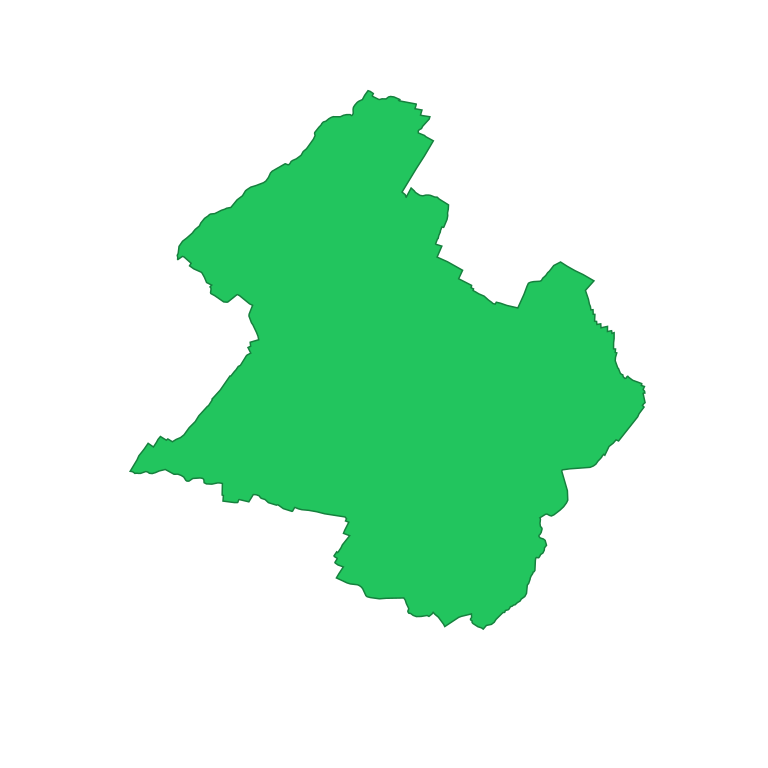 Bang Phae, Ratchaburi, Thailand (Natural Earth projection), rotated 221°
{"feature_id": "78962969B38783163957938", "entity_name": "Bang Phae", "entity_type": "district", "adm_level": 2, "iso_a3": "THA", "parent_name": "Thailand", "parent_adm1": "Ratchaburi", "projection": "natural_earth1", "projection_center": [99.976, 13.683], "detail": "fine", "context": "isolated", "style": "filled", "palette": "green", "viewbox_px": 768, "rotation_deg": 221, "n_neighbors": 0, "source": "geoboundaries", "source_scale": "gbopen_adm2", "svg_char_len": 6171}
<svg xmlns="http://www.w3.org/2000/svg" viewBox="0 0 768 768"><g transform="rotate(221 384 384)"><path d="M606.3,459.7L607.0,456.9L611.1,449.3L613.7,445.2L614.9,441.0L615.3,439.0L614.3,433.2L615.7,426.6L615.4,416.8L618.1,413.4L618.9,411.4L620.7,408.4L623.5,401.6L626.4,398.5L626.9,397.2L627.0,395.6L628.1,391.3L627.9,385.4L627.0,382.2L627.9,376.8L627.8,373.4L627.6,372.9L627.9,370.3L628.7,364.5L629.7,359.6L629.0,353.4L625.0,347.5L624.5,345.5L622.5,344.0L621.6,342.7L621.2,342.7L619.9,348.0L618.3,348.7L608.8,348.6L608.3,345.6L603.1,346.1L595.5,348.4L594.2,348.4L589.3,346.6L584.5,344.2L578.9,345.6L579.0,343.1L577.6,342.9L576.4,341.6L574.9,339.2L574.1,338.7L573.4,338.8L569.8,339.6L558.8,340.8L556.1,342.8L555.6,343.6L553.6,354.8L553.1,355.4L551.0,355.9L538.0,356.3L534.8,357.2L531.6,348.2L530.5,346.7L524.3,343.3L521.7,342.6L513.9,339.2L510.3,337.3L507.6,335.2L512.4,327.7L509.4,325.0L510.6,322.3L504.8,319.9L506.3,316.1L506.4,315.0L504.6,303.9L505.5,301.6L505.0,297.6L505.1,295.4L504.8,289.6L505.5,289.0L503.6,271.7L503.9,259.7L503.2,259.3L502.2,252.3L502.6,251.4L502.9,238.5L501.8,231.8L502.4,223.4L501.6,214.4L502.4,210.1L504.5,205.8L505.8,201.6L511.1,200.7L511.4,198.8L518.3,197.7L518.2,193.9L517.5,190.9L516.7,185.2L523.1,184.5L522.3,177.4L521.9,169.0L520.6,164.7L518.3,151.6L516.3,152.8L514.5,153.1L513.5,153.0L511.7,154.8L510.8,155.3L509.1,156.8L506.4,161.6L504.8,162.5L502.5,162.7L500.2,164.3L498.4,167.1L496.6,170.9L493.0,176.0L483.3,178.1L480.4,180.7L477.2,181.9L474.1,182.4L470.4,181.3L469.1,181.4L467.5,182.7L466.3,187.3L461.1,192.5L459.1,193.7L457.9,193.8L457.1,193.5L455.0,191.5L452.5,192.1L448.2,195.5L444.6,200.3L442.7,201.8L440.7,202.9L433.3,194.0L432.1,194.5L428.7,190.0L419.2,196.3L416.9,198.3L416.7,198.7L417.7,201.4L417.5,201.8L408.7,206.4L410.1,214.8L407.8,216.6L404.8,217.7L402.8,217.2L401.7,217.2L397.9,218.8L393.4,218.6L385.7,222.0L385.3,222.8L384.5,223.3L378.2,223.9L369.9,227.5L369.6,228.1L370.4,232.0L370.3,232.4L366.6,233.7L363.6,235.2L357.9,239.3L350.9,243.5L343.7,247.1L326.2,258.1L323.9,257.7L323.2,255.4L319.9,256.6L317.7,247.8L316.6,244.7L310.4,247.0L309.9,235.3L309.0,232.2L308.4,227.6L308.4,226.4L309.6,226.3L309.0,221.5L308.3,221.2L305.0,221.7L304.6,220.9L304.0,217.2L303.5,216.9L300.1,217.2L294.7,219.3L293.6,211.3L292.7,206.4L281.5,209.6L278.3,211.0L272.3,215.1L270.3,215.7L267.8,215.9L265.7,215.5L258.8,212.4L257.2,212.4L254.3,213.8L246.5,218.9L241.9,223.6L228.7,235.5L226.3,234.9L223.0,232.9L218.3,230.9L217.8,230.4L217.0,228.2L216.1,227.6L214.9,227.3L213.3,228.3L210.2,228.5L207.0,229.7L203.5,232.9L199.6,237.6L197.6,238.1L196.9,242.0L197.1,243.9L194.3,243.6L190.0,243.7L181.5,241.8L179.0,240.8L174.5,257.0L173.1,259.5L167.2,267.8L164.8,265.4L164.5,263.3L163.9,262.8L162.1,263.0L161.0,261.8L159.7,261.6L153.9,262.4L150.4,263.9L148.3,264.1L148.3,269.0L145.2,273.1L144.5,276.5L145.0,279.8L144.3,289.5L143.1,290.8L143.8,292.7L142.1,295.2L142.0,296.4L142.5,298.9L141.5,300.3L141.2,302.2L140.2,303.4L139.9,306.5L138.9,309.5L139.3,311.7L138.3,316.0L139.1,319.5L143.9,326.2L144.0,328.4L145.6,332.4L146.3,333.5L147.0,335.6L147.4,338.6L148.0,339.8L147.6,340.8L147.8,342.3L154.2,350.4L155.2,352.1L155.1,353.1L153.6,354.0L153.3,354.4L153.3,355.6L153.9,358.1L153.2,360.7L154.0,363.7L155.4,365.7L155.5,368.9L159.8,371.7L162.1,371.6L165.1,370.3L167.1,370.6L167.7,371.4L167.6,372.9L168.0,375.1L169.6,378.3L170.5,378.9L172.6,379.2L174.9,381.2L177.0,384.3L177.8,385.0L178.6,385.2L176.6,391.7L175.6,392.8L172.9,393.4L171.1,394.2L169.9,396.8L168.4,404.3L167.9,409.2L168.3,414.0L169.1,416.9L175.6,423.8L192.6,434.8L193.1,435.9L193.0,436.3L188.1,441.9L173.8,456.3L172.2,459.5L171.5,462.5L171.9,466.1L171.7,469.7L171.8,472.1L172.1,472.5L172.0,474.9L172.0,475.1L170.6,475.1L173.2,484.5L172.2,489.7L172.2,494.1L169.6,494.9L171.0,525.7L172.0,528.9L172.6,537.2L174.9,537.4L175.0,539.8L174.7,541.2L182.2,546.8L182.3,547.2L181.2,548.3L182.6,549.5L184.8,549.8L185.8,553.0L188.8,551.7L189.5,553.3L189.8,553.4L198.7,550.0L203.7,549.6L205.1,549.8L205.4,549.1L205.2,547.0L205.9,546.2L208.2,546.4L209.9,547.6L211.0,547.1L212.8,547.2L217.2,549.5L218.1,549.5L224.7,553.2L226.8,556.0L228.7,560.2L230.2,559.5L232.2,562.3L233.8,561.1L237.8,565.8L240.1,569.2L244.0,573.7L245.1,571.8L247.2,573.5L249.8,570.2L253.1,574.1L257.1,568.8L259.9,571.6L262.4,568.6L264.6,570.7L266.3,569.6L270.5,574.9L271.9,573.9L275.0,577.2L276.5,575.7L279.2,578.0L281.3,579.0L285.2,582.0L293.4,586.8L293.2,599.6L305.6,597.2L314.0,594.9L322.7,593.1L330.8,591.9L333.6,584.8L333.2,577.7L333.5,575.4L333.1,572.0L333.6,568.1L333.1,565.3L333.8,563.8L338.2,559.5L340.0,557.2L340.8,555.7L341.1,554.7L340.2,551.6L337.2,543.6L332.9,529.2L342.8,523.9L349.1,521.4L352.9,519.4L352.5,517.2L354.9,516.1L356.1,516.3L360.3,515.9L366.1,516.0L371.4,514.3L378.2,513.0L378.8,514.5L381.5,513.8L382.3,515.6L382.6,515.9L396.7,512.4L399.3,521.4L416.3,517.9L427.2,514.6L430.8,526.0L436.5,523.5L437.0,523.6L438.8,528.5L438.6,529.3L440.1,532.1L441.3,535.9L441.8,536.2L443.3,540.4L441.8,541.3L441.8,541.7L444.4,549.6L446.3,552.8L448.3,554.8L450.1,558.0L452.8,561.5L463.6,559.8L466.4,559.9L468.3,558.4L472.6,556.9L474.2,555.9L476.3,554.1L478.2,551.4L480.8,549.9L485.9,549.2L487.9,549.6L492.1,549.7L489.8,539.6L490.1,539.5L491.5,540.5L492.3,540.8L496.3,540.7L501.0,568.1L503.1,582.6L506.3,599.9L515.0,598.0L516.3,598.2L522.8,596.0L524.2,597.4L524.2,599.0L523.3,601.4L523.9,603.8L523.7,613.6L524.7,615.8L531.2,611.7L532.9,610.9L535.1,615.7L541.2,612.1L543.0,616.0L543.4,616.4L558.1,607.8L558.7,607.7L558.4,608.8L558.6,609.1L564.8,607.2L567.7,605.3L568.9,603.6L569.5,600.5L572.6,597.9L573.9,595.9L574.7,595.3L581.3,593.6L581.9,593.8L582.6,596.2L586.3,595.8L588.5,594.9L588.0,589.3L586.9,584.5L588.6,580.7L589.0,578.9L589.0,575.4L588.6,572.8L587.6,571.1L584.7,568.0L584.3,565.8L584.7,565.2L586.3,565.1L589.0,562.7L590.9,560.2L592.3,557.0L597.7,552.4L598.7,550.7L599.6,548.2L600.3,544.2L601.7,541.9L601.8,539.9L601.4,537.9L601.6,535.2L601.3,528.4L600.8,527.6L599.0,526.3L597.9,522.4L596.8,510.7L597.5,506.5L596.6,502.2L597.9,496.4L599.6,492.8L600.1,491.0L599.6,488.7L599.7,487.1L600.4,486.4L602.9,485.5L603.2,485.1L608.0,471.3L608.1,468.8L606.7,464.1L606.3,459.7Z" fill="#22c55e" stroke="#15803d" stroke-width="1.5"/></g></svg>